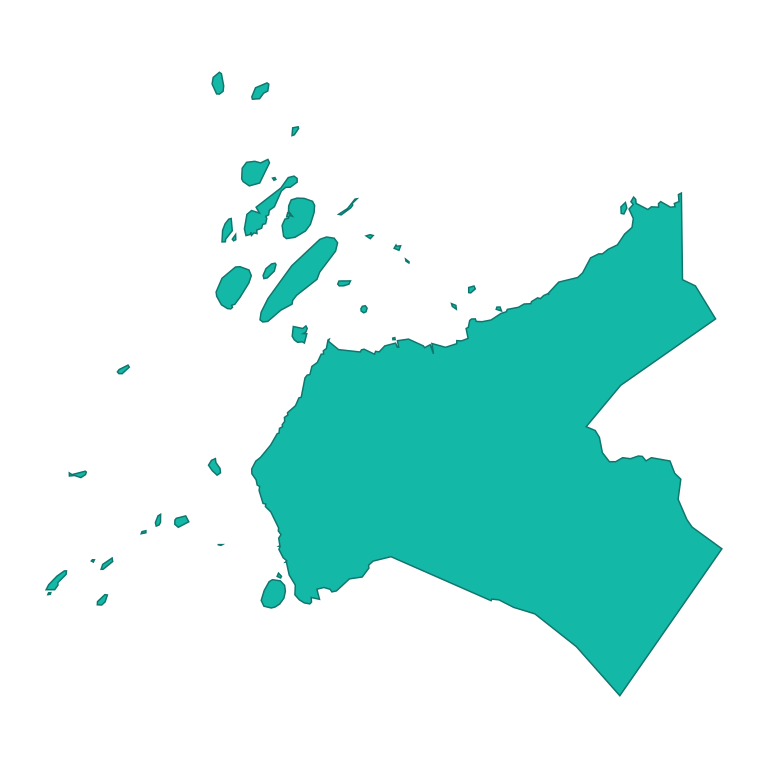 outline of Muna Barat, Sulawesi Tenggara, Indonesia
{"feature_id": "22746128B23924471266348", "entity_name": "Muna Barat", "entity_type": "district", "adm_level": 2, "iso_a3": "IDN", "parent_name": "Indonesia", "parent_adm1": "Sulawesi Tenggara", "projection": "albers", "projection_center": [122.382, -4.771], "detail": "fine", "context": "isolated", "style": "filled", "palette": "teal", "viewbox_px": 768, "rotation_deg": 0, "n_neighbors": 0, "source": "geoboundaries", "source_scale": "gbopen_adm2", "svg_char_len": 6121}
<svg xmlns="http://www.w3.org/2000/svg" viewBox="0 0 768 768"><path d="M681.4,193.0L678.4,194.6L679.0,201.6L674.3,203.5L675.1,206.7L670.5,207.2L660.7,201.6L658.5,203.6L658.6,207.2L651.4,206.8L647.9,209.5L636.1,203.4L635.7,199.3L633.6,197.1L630.9,201.7L633.2,204.4L629.0,209.1L633.3,218.5L632.0,227.5L624.7,234.0L617.4,244.9L608.2,249.3L602.4,253.9L598.7,253.9L590.6,257.8L582.6,272.9L577.7,277.5L558.7,282.1L548.2,293.4L549.1,294.6L548.0,293.6L543.6,295.6L540.3,298.7L537.7,297.8L531.5,301.6L530.8,303.7L524.1,304.0L518.4,307.3L507.3,309.4L506.3,311.8L501.1,313.4L491.0,320.0L482.1,321.7L476.2,321.4L475.3,318.9L471.5,319.0L469.7,320.5L468.3,327.3L466.1,328.5L468.1,338.4L461.4,340.9L456.8,340.6L456.7,343.7L445.5,347.3L431.9,343.5L433.5,353.9L430.2,344.7L424.6,347.7L423.4,345.9L408.5,339.1L397.4,340.7L398.7,347.2L397.3,347.2L395.6,343.1L384.8,345.9L379.1,351.9L375.6,351.3L374.5,354.2L364.1,349.2L361.5,349.8L360.2,352.0L338.6,349.6L328.5,341.3L329.2,339.3L328.0,340.0L326.4,348.5L323.3,350.8L323.6,354.0L321.2,354.2L317.3,362.5L311.9,366.4L309.9,374.5L307.2,375.1L305.0,377.9L301.2,397.3L298.9,397.9L295.5,405.7L287.5,412.7L287.8,415.1L284.4,417.4L284.7,421.3L282.2,424.7L282.5,426.8L279.5,428.3L279.0,433.1L277.2,433.7L270.6,445.1L260.5,457.4L255.8,461.1L251.7,469.0L251.9,473.8L256.1,479.8L257.2,485.1L259.6,486.4L259.1,490.5L263.0,503.4L265.8,504.1L265.4,506.6L270.8,511.9L278.6,527.9L278.3,530.9L281.0,534.7L278.7,538.1L279.9,545.7L278.8,546.3L280.1,546.5L278.9,549.4L283.1,557.6L286.8,560.9L285.4,562.2L286.4,562.1L289.2,575.0L295.3,585.1L294.9,594.8L299.4,599.9L304.3,602.9L309.8,603.9L311.5,602.1L311.2,597.5L319.5,599.3L316.9,589.2L324.0,587.5L330.1,589.3L331.9,591.9L336.5,590.9L349.4,578.9L362.2,577.0L368.9,568.1L368.6,565.2L373.1,561.1L391.0,556.7L491.1,600.7L491.8,599.1L499.0,599.9L513.7,607.4L534.9,613.9L576.3,646.6L619.8,695.7L721.9,548.8L692.1,527.1L686.9,519.6L678.1,499.3L680.8,479.2L674.7,473.3L670.0,461.0L651.3,457.7L646.0,460.9L642.3,456.4L638.3,456.0L630.5,458.7L622.6,457.7L615.7,461.7L609.4,461.7L602.4,452.7L599.4,437.4L595.2,430.5L586.2,426.7L620.7,385.3L715.6,318.9L695.4,285.9L682.5,279.7L681.4,193.0ZM292.1,304.1L292.7,300.4L296.6,295.3L317.0,279.3L319.7,272.1L335.6,251.1L337.6,242.8L334.2,238.2L326.5,237.0L319.9,239.3L291.7,265.8L268.0,298.5L261.1,312.3L260.0,319.8L262.8,322.0L267.8,321.4L280.8,310.2L292.1,304.1ZM297.1,198.1L291.2,199.9L288.7,205.9L288.5,211.1L292.5,216.3L289.7,215.5L290.1,214.3L287.7,212.7L286.6,216.8L288.9,216.6L288.5,218.2L284.9,219.1L282.1,225.5L283.6,236.2L286.4,238.6L295.0,237.3L305.5,231.0L310.4,224.4L314.1,212.5L314.6,205.3L312.5,201.3L304.3,198.4L297.1,198.1ZM230.8,308.9L232.5,307.4L231.6,305.3L234.8,304.3L240.1,297.2L248.9,282.9L251.3,275.7L249.0,270.0L240.0,266.7L235.5,267.0L222.0,278.3L216.1,292.0L216.7,296.3L221.4,304.8L227.5,308.6L230.8,308.9ZM290.3,187.2L297.2,182.1L297.1,178.4L294.0,176.1L288.2,177.6L281.0,187.9L256.1,207.2L259.5,213.1L251.6,210.5L246.9,214.4L244.4,229.0L246.0,235.6L250.4,234.4L251.0,232.1L251.5,235.4L253.9,232.9L257.0,233.6L256.7,230.1L261.6,228.2L262.7,224.4L265.6,223.7L266.8,218.5L265.8,216.3L268.6,214.9L269.3,210.4L274.4,206.7L281.4,191.0L285.7,187.4L290.3,187.2ZM269.5,162.8L267.9,159.4L260.6,162.9L254.8,161.3L246.6,162.3L242.2,168.2L241.7,178.9L243.1,181.6L249.3,185.9L259.7,183.0L269.5,162.8ZM280.3,580.8L272.4,579.7L269.1,581.7L264.2,590.5L261.2,600.4L263.9,606.2L271.3,608.0L275.1,607.0L279.7,604.0L283.9,598.2L285.4,591.2L284.6,585.4L280.3,580.8ZM307.2,328.4L305.9,325.9L302.8,328.5L293.3,326.5L292.2,336.3L294.4,340.0L297.6,342.3L302.2,341.8L304.4,343.0L306.8,333.8L303.2,333.6L305.9,332.1L307.2,328.4ZM219.4,94.1L223.1,91.3L223.7,85.9L221.4,73.7L219.4,72.3L213.2,77.4L212.1,84.0L216.6,93.9L219.4,94.1ZM259.6,98.7L263.6,93.2L267.8,91.0L268.8,84.2L267.0,82.9L255.5,87.8L251.8,96.8L252.4,99.2L259.6,98.7ZM225.6,239.2L232.3,230.7L231.2,218.5L228.8,219.1L225.1,223.8L222.6,230.3L222.0,241.9L225.4,241.8L225.6,239.2ZM57.8,582.7L66.1,574.4L66.5,570.9L64.3,570.9L57.0,576.1L48.7,584.7L46.1,589.7L54.7,589.7L58.0,585.1L57.8,582.7ZM275.1,263.2L271.6,263.9L266.0,268.6L263.1,275.4L263.9,278.6L267.3,277.9L274.3,271.1L276.0,264.5L275.1,263.2ZM178.3,527.3L188.8,521.8L185.7,515.9L176.3,518.3L174.9,520.1L174.8,524.3L178.3,527.3ZM220.5,472.8L220.0,468.4L215.9,462.6L215.4,458.6L211.5,460.3L208.5,465.2L212.2,470.6L217.1,475.2L220.5,472.8ZM101.7,605.0L105.1,601.9L107.4,595.0L104.9,594.6L97.5,601.6L97.3,604.8L101.7,605.0ZM85.3,471.2L72.0,474.6L69.3,472.9L69.4,476.0L74.5,475.5L80.9,477.6L85.5,474.6L86.3,472.1L85.3,471.2ZM103.1,569.3L112.7,561.5L112.1,558.0L102.7,564.4L101.1,569.3L103.1,569.3ZM350.5,280.9L339.0,281.0L337.7,284.1L339.3,285.9L343.8,285.8L349.0,284.1L350.5,280.9ZM623.9,214.0L626.8,208.0L625.4,202.5L620.9,206.9L621.2,213.4L623.9,214.0ZM128.0,365.1L119.2,369.5L117.4,371.9L118.8,373.6L122.1,373.7L129.3,367.2L128.0,365.1ZM298.2,126.8L292.7,127.8L292.0,135.6L294.3,134.8L298.6,128.5L298.2,126.8ZM341.2,214.9L350.7,207.9L352.7,205.2L352.4,203.2L357.0,198.8L355.0,199.1L347.6,208.5L338.6,214.3L341.2,214.9ZM159.1,524.9L160.5,522.3L160.6,514.3L158.0,515.9L155.4,522.6L156.2,526.1L159.1,524.9ZM363.7,312.8L366.0,311.8L367.1,308.2L365.3,305.7L362.3,306.3L360.9,308.8L361.2,311.1L363.7,312.8ZM474.0,286.0L468.7,287.5L468.7,292.6L470.7,292.9L475.3,288.9L474.0,286.0ZM396.6,246.2L396.0,245.0L394.1,248.3L399.0,250.3L400.6,245.8L396.6,246.2ZM366.1,235.9L370.3,238.7L373.2,235.5L370.0,234.7L366.1,235.9ZM500.1,307.0L496.9,307.1L496.2,309.3L501.5,311.0L500.1,307.0ZM456.3,309.2L455.9,305.4L451.5,303.6L452.3,306.4L456.3,309.2ZM280.6,578.0L281.5,576.3L278.5,573.1L277.1,576.4L280.6,578.0ZM233.6,240.8L235.8,239.7L235.6,234.5L232.3,239.2L233.6,240.8ZM141.2,533.7L145.9,532.8L145.9,530.7L142.0,531.6L141.2,533.7ZM274.9,177.6L272.5,178.1L274.0,180.3L275.9,179.4L274.9,177.6ZM217.6,544.6L220.9,545.4L222.3,544.6L217.6,544.6ZM405.6,259.1L406.0,261.2L408.9,263.0L409.1,261.9L405.6,259.1ZM395.2,339.6L394.8,337.6L392.7,338.1L392.9,339.7L395.2,339.6ZM93.3,562.1L94.4,559.8L92.4,559.7L91.3,561.0L93.3,562.1ZM50.3,594.3L50.8,592.6L48.6,592.8L47.8,594.6L50.3,594.3Z" fill="#14b8a6" stroke="#0f766e" stroke-width="1.5"/></svg>